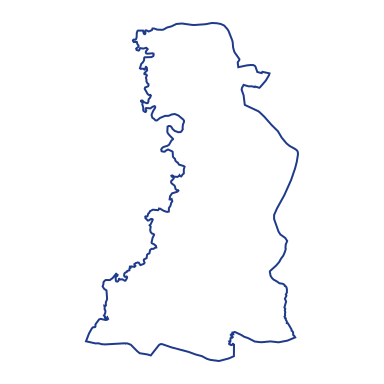 the district of Huai Thap Than, Si Sa Ket, Thailand
{"feature_id": "78962969B1477833386417", "entity_name": "Huai Thap Than", "entity_type": "district", "adm_level": 2, "iso_a3": "THA", "parent_name": "Thailand", "parent_adm1": "Si Sa Ket", "projection": "mercator", "projection_center": [104.011, 15.032], "detail": "fine", "context": "isolated", "style": "outline", "palette": "blue", "viewbox_px": 384, "rotation_deg": 0, "n_neighbors": 0, "source": "geoboundaries", "source_scale": "gbopen_adm2", "svg_char_len": 5991}
<svg xmlns="http://www.w3.org/2000/svg" viewBox="0 0 384 384"><path d="M232.2,40.3L228.6,31.1L227.3,29.0L224.1,25.5L220.8,24.0L216.6,23.2L211.8,23.0L205.6,24.2L194.5,25.0L192.0,24.9L181.9,23.5L176.3,24.0L171.6,26.3L167.1,27.5L163.4,29.6L162.0,29.8L157.0,29.6L154.6,28.6L152.5,28.5L151.9,30.1L148.8,31.5L146.4,30.4L145.5,30.4L145.1,31.1L145.5,33.2L145.0,34.1L144.3,34.1L143.8,33.6L143.0,30.6L138.0,30.6L137.4,31.1L136.8,32.9L136.6,37.4L136.0,39.2L135.2,39.8L133.9,39.5L132.9,40.3L133.1,41.2L133.9,42.1L136.8,41.9L137.4,44.2L138.5,45.5L138.6,46.2L138.3,46.9L136.2,48.6L136.6,50.0L138.6,50.6L139.1,50.3L140.2,48.1L143.4,48.6L146.3,47.8L147.7,49.1L145.9,51.4L145.8,52.5L146.2,53.4L147.4,53.7L152.5,53.3L153.0,53.8L153.5,53.7L153.7,54.7L153.3,56.1L151.5,57.1L144.6,57.3L144.2,57.9L144.0,60.4L142.9,62.3L141.3,63.9L139.9,68.3L140.6,68.8L143.2,68.7L144.5,69.6L144.9,69.3L145.8,66.9L146.1,66.9L146.8,67.7L147.1,70.5L144.6,72.9L144.3,73.9L144.9,74.3L146.1,74.4L146.9,75.3L145.9,77.8L146.5,79.8L146.4,81.3L147.4,83.3L148.3,83.9L148.6,85.0L148.1,86.3L145.1,87.5L144.7,88.8L147.6,94.0L149.2,95.2L150.3,94.9L150.9,95.6L150.1,97.7L148.9,98.9L148.4,100.2L148.5,101.4L147.7,103.1L146.7,103.2L143.9,102.1L142.4,100.5L141.4,100.5L141.0,100.8L141.0,101.4L142.6,102.6L142.3,104.5L143.2,107.3L143.3,110.6L144.7,111.8L145.6,112.0L146.3,110.8L145.6,109.0L145.9,108.2L146.5,108.0L150.3,108.4L152.7,106.7L154.6,106.1L155.2,106.8L155.2,107.7L153.2,110.9L151.7,114.3L151.6,115.4L152.4,117.8L154.1,118.9L155.5,120.4L157.0,120.4L160.1,117.9L165.0,115.9L168.7,115.8L171.6,114.5L174.8,114.0L178.4,115.5L183.2,119.5L184.0,120.7L184.0,121.9L182.9,124.7L182.6,128.0L182.8,129.2L181.3,131.6L180.3,132.1L178.3,132.2L174.7,130.9L172.6,129.0L171.5,127.1L170.4,126.1L168.8,126.0L167.6,126.6L167.3,131.5L167.6,132.9L169.5,135.3L172.9,138.7L173.0,139.2L171.4,140.6L169.1,144.7L167.4,145.8L163.5,147.0L162.2,147.9L161.2,149.4L161.6,151.2L163.4,151.7L164.7,151.7L165.9,150.6L168.0,149.5L171.9,151.2L172.7,152.0L172.9,156.3L173.3,157.3L175.0,158.9L175.4,160.7L177.0,162.3L177.7,162.5L179.0,164.6L183.6,166.0L184.6,166.7L183.8,169.4L183.8,173.5L182.6,174.5L181.3,176.4L179.9,176.0L179.5,175.2L178.8,176.1L177.5,176.9L174.0,176.6L172.4,175.4L171.4,175.7L171.6,176.5L173.4,177.3L173.8,178.0L173.5,178.7L171.1,181.3L171.2,182.7L171.8,183.5L174.4,185.5L175.0,186.6L175.5,189.0L176.9,190.1L178.1,190.2L178.4,190.7L177.2,191.8L172.1,193.3L170.1,196.1L169.6,199.4L170.5,199.6L171.6,199.0L172.3,201.2L171.1,203.1L170.5,205.7L168.9,208.1L168.8,211.6L167.3,211.9L166.2,211.7L163.5,210.7L160.0,208.6L159.0,208.6L159.0,209.2L158.0,210.2L152.9,209.7L150.0,211.2L149.2,212.9L148.3,213.5L147.5,216.1L146.8,216.6L145.9,216.3L145.3,216.6L145.4,218.1L147.8,220.5L148.6,220.5L151.1,218.9L152.4,219.1L152.7,219.5L152.6,220.1L150.7,224.2L149.6,225.2L150.7,226.6L150.2,229.9L150.6,231.9L151.8,233.4L153.7,234.1L154.1,234.8L152.6,237.8L151.5,242.6L151.9,243.3L153.7,244.1L155.9,245.8L156.3,247.5L154.8,247.9L153.4,248.9L151.6,248.8L150.1,250.0L149.4,253.4L147.8,254.0L147.1,254.7L146.6,258.1L143.9,259.5L143.8,260.8L144.6,262.8L143.8,263.8L140.6,265.1L140.1,264.8L138.8,262.7L137.7,262.5L135.9,263.0L134.4,264.1L134.4,264.8L135.4,265.9L134.5,266.9L131.1,266.4L129.9,266.6L129.9,267.0L130.5,267.8L129.5,268.4L129.4,270.3L127.2,271.0L126.8,271.9L125.3,272.6L124.4,273.5L124.1,275.5L124.4,276.4L125.2,276.9L126.6,276.5L127.1,277.1L126.9,278.2L125.5,280.6L124.7,280.7L122.4,279.3L120.5,279.5L119.2,278.8L118.9,279.0L118.7,280.4L118.2,281.0L117.5,281.6L116.3,281.4L115.9,280.9L115.6,277.6L116.0,276.8L117.4,275.8L117.6,274.9L116.1,273.8L112.6,278.1L109.8,280.1L105.8,280.0L104.7,280.7L103.5,282.2L103.3,284.7L102.6,286.4L104.2,288.9L106.5,290.4L107.1,299.1L105.8,302.5L105.9,305.5L105.6,305.8L104.3,305.6L104.7,307.6L104.6,309.4L105.3,310.3L105.4,311.7L105.1,313.5L103.9,315.6L105.1,316.5L104.9,317.5L105.2,318.0L106.4,318.4L107.3,317.3L108.1,319.0L107.2,319.7L105.6,320.0L100.7,318.9L99.1,319.4L95.5,324.3L95.4,326.7L95.0,327.1L92.9,327.3L91.8,328.5L89.0,333.5L86.0,341.3L95.5,343.4L98.6,343.3L101.7,344.2L105.2,344.4L124.7,343.3L125.6,343.6L126.2,343.3L127.9,343.6L130.9,344.8L137.1,351.1L139.6,353.2L147.2,354.4L150.8,355.4L158.9,345.1L160.5,344.1L162.0,344.1L171.6,347.4L188.6,351.9L195.7,354.5L201.8,356.1L207.1,358.9L210.5,359.9L219.1,361.0L228.9,358.4L233.9,356.2L234.0,344.7L233.3,344.6L233.0,343.9L232.7,343.9L232.1,344.9L231.4,345.1L229.3,344.3L229.1,343.7L229.9,342.7L229.2,341.4L230.4,341.1L230.5,338.2L231.2,337.7L231.4,336.9L232.1,337.7L232.7,337.3L232.6,336.7L230.8,334.9L231.2,334.4L233.3,334.3L233.2,333.8L232.1,333.4L232.4,332.5L233.4,332.6L234.4,332.0L235.4,332.2L241.6,335.1L244.0,336.7L248.1,338.1L254.7,341.5L259.4,342.1L262.0,342.2L270.4,341.4L278.6,342.3L287.5,340.6L295.2,337.4L294.5,336.2L293.2,335.0L293.1,332.4L292.5,331.3L291.6,330.7L291.5,329.4L289.0,325.1L287.8,323.2L286.8,323.1L286.8,321.4L285.7,319.5L285.8,318.4L284.9,317.9L284.9,317.2L284.5,316.7L285.1,315.6L285.0,313.5L285.3,312.2L284.8,310.3L285.3,308.9L284.4,307.5L286.1,301.6L284.9,298.7L286.3,296.1L286.4,295.5L285.8,294.6L286.9,292.5L286.9,289.3L286.5,287.4L285.8,286.4L284.8,286.0L284.7,285.2L283.7,284.3L282.5,283.7L279.5,283.3L276.8,281.4L273.6,279.6L272.1,278.2L270.6,275.9L269.8,271.8L270.1,271.0L276.2,265.5L279.2,262.0L280.8,259.0L283.3,255.6L284.8,252.1L285.8,248.9L285.5,248.1L285.7,244.6L287.2,241.0L285.3,238.0L280.3,234.4L278.5,231.5L274.1,219.0L274.1,215.0L277.0,208.4L284.3,195.2L291.1,180.0L295.1,168.3L296.8,161.7L298.0,154.2L297.8,152.1L297.2,150.7L295.5,149.2L289.4,145.8L286.4,143.3L281.7,137.6L277.9,131.2L271.5,124.9L264.2,116.6L259.7,112.3L258.3,111.2L244.8,104.9L243.6,95.3L241.6,89.7L242.0,87.8L243.6,84.9L248.5,86.3L252.0,86.3L254.7,87.1L255.1,86.5L259.3,87.8L260.0,87.3L265.8,80.6L269.0,75.2L269.5,73.4L262.4,71.8L261.7,73.1L257.3,72.0L255.6,67.0L254.9,65.9L253.4,65.1L250.7,65.0L246.8,65.4L238.3,67.2L237.7,62.4L239.3,60.0L239.4,59.1L234.7,52.5L234.1,51.1L233.1,47.4L232.7,42.3L232.2,40.3Z" fill="none" stroke="#1e3a8a" stroke-width="2"/></svg>